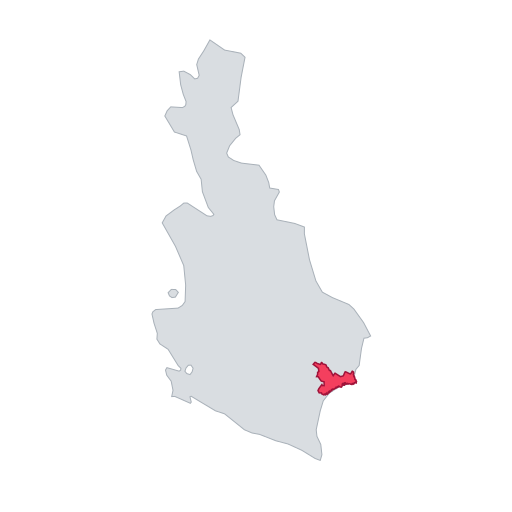 location of Ani, Shirak, Armenia, rotated 212°
{"feature_id": "60910142B64012193022173", "entity_name": "Ani", "entity_type": "district", "adm_level": 2, "iso_a3": "ARM", "parent_name": "Armenia", "parent_adm1": "Shirak", "projection": "equal_earth", "projection_center": [43.671, 40.552], "detail": "fine", "context": "in_parent", "style": "filled", "palette": "rose", "viewbox_px": 512, "rotation_deg": 212, "n_neighbors": 0, "source": "geoboundaries", "source_scale": "gbopen_adm2", "svg_char_len": 6203}
<svg xmlns="http://www.w3.org/2000/svg" viewBox="0 0 512 512"><g transform="rotate(212 256 256)"><path d="M230.3,306.2L226.7,300.4L208.7,281.2L192.0,266.6L180.6,260.5L169.2,261.2L151.4,264.1L144.9,262.9L129.4,256.5L116.4,248.9L118.2,245.7L120.9,243.5L117.6,233.6L110.5,217.8L111.2,212.8L109.0,206.0L106.5,200.8L116.6,188.4L121.2,178.5L122.2,168.8L119.5,158.8L112.9,140.6L108.8,135.4L101.2,130.5L94.8,122.4L93.2,116.7L98.6,115.6L114.3,115.5L129.4,113.5L141.3,109.8L158.5,106.6L165.6,103.8L173.8,102.5L199.0,105.5L208.4,103.2L236.7,102.7L237.4,101.6L233.5,97.8L233.6,96.3L250.4,93.9L253.0,92.1L255.2,98.1L261.6,104.9L268.5,107.6L272.3,111.3L272.4,114.1L260.2,117.6L259.4,119.3L260.2,121.0L263.9,121.8L281.1,130.3L290.9,130.5L296.0,133.0L298.7,138.1L306.9,145.0L313.5,151.7L313.9,154.0L312.7,157.4L294.5,170.5L292.3,175.0L292.0,179.8L300.2,194.0L312.2,209.6L329.4,221.5L353.1,234.4L353.5,242.3L349.8,251.8L346.7,258.3L345.3,262.6L342.4,264.5L318.9,264.1L315.4,265.6L313.9,267.5L313.8,269.0L322.2,271.9L335.5,282.1L343.2,292.0L351.2,296.3L360.1,304.2L367.4,311.5L378.5,321.0L390.9,317.9L407.5,326.4L408.3,332.1L407.3,337.3L397.0,342.9L395.7,345.2L395.7,347.1L397.1,349.9L403.3,354.5L410.6,361.3L418.8,371.5L415.2,374.5L407.7,375.0L401.8,373.7L399.7,375.8L399.9,379.1L407.7,386.9L409.2,392.5L409.0,402.4L409.6,414.8L391.7,414.0L376.4,419.9L370.6,418.7L366.6,408.2L363.3,399.6L353.3,377.7L355.8,368.7L350.4,363.6L337.2,354.3L333.8,350.4L335.6,345.1L336.8,335.5L335.4,327.7L331.9,325.3L325.4,325.2L317.5,327.1L301.6,334.6L290.5,329.8L284.1,325.0L280.4,320.9L272.2,324.3L270.1,322.6L269.6,312.6L267.1,307.2L262.1,300.9L257.4,297.8L240.5,304.1L230.3,306.2ZM255.5,127.5L256.0,123.9L255.2,120.6L252.4,119.6L249.1,120.5L248.8,124.0L249.9,127.5L253.3,129.0L255.5,127.5ZM310.1,182.8L306.3,185.0L302.6,184.0L302.6,178.4L305.2,176.2L308.2,176.3L311.1,178.3L310.1,182.8Z" fill="#d9dde1" stroke="#a8b0b8" stroke-width="1"/><path d="M125.1,174.1L125.1,174.3L125.2,174.5L124.8,174.8L124.7,174.8L124.6,174.6L124.1,174.8L124.3,174.9L124.3,175.0L124.5,175.2L124.5,175.3L124.5,175.5L124.3,175.6L124.1,175.7L123.8,175.7L123.7,175.8L123.6,176.2L123.6,176.4L123.4,176.2L123.2,176.1L123.0,176.3L122.9,176.4L122.9,176.5L122.7,176.4L122.4,176.4L122.3,176.5L122.3,176.8L122.2,176.9L122.1,177.1L122.1,177.3L122.1,177.6L122.1,177.8L122.0,178.1L121.9,178.3L121.9,178.5L121.7,178.6L121.6,178.8L121.9,178.8L121.6,179.0L121.6,179.3L121.9,179.4L122.0,179.3L122.0,179.5L121.9,179.6L121.9,179.8L122.0,179.8L122.0,180.0L122.3,179.9L122.3,180.1L122.2,180.3L121.8,180.4L121.7,180.4L121.6,180.1L121.4,180.1L121.3,180.3L121.4,180.5L121.2,180.5L121.2,180.8L121.2,181.0L120.8,181.3L120.7,181.4L120.6,181.6L120.8,181.6L120.7,181.9L120.6,182.1L120.6,182.3L120.8,182.4L120.9,182.5L120.6,182.6L120.5,183.0L120.4,183.1L120.5,183.2L120.7,183.4L120.6,183.5L120.4,183.4L120.2,183.5L120.3,183.8L120.3,184.0L120.1,184.1L119.9,184.1L119.7,184.0L119.4,184.2L119.4,184.3L119.5,184.4L119.4,184.5L119.2,184.6L119.0,184.9L119.0,185.0L119.0,185.4L118.9,185.6L118.7,185.9L118.5,186.0L118.2,186.1L118.3,186.4L118.3,186.6L118.5,186.8L118.6,187.0L118.4,187.1L118.2,187.1L117.9,187.2L117.9,187.3L117.9,187.5L117.9,187.8L117.8,188.0L117.6,188.1L117.5,187.9L117.3,187.7L117.2,187.7L117.1,187.9L117.0,188.1L116.9,188.3L116.9,188.6L117.1,188.7L117.3,188.9L117.2,189.2L117.1,189.4L116.8,189.4L116.6,189.4L116.4,189.5L116.0,189.7L115.9,189.6L115.7,189.5L115.3,189.5L115.1,189.6L114.9,189.7L114.7,189.8L114.4,189.9L114.2,189.9L114.1,190.1L114.0,190.4L114.0,190.6L114.1,191.0L114.1,191.3L114.2,191.6L114.3,191.9L114.3,192.3L114.4,192.5L114.6,192.7L114.8,192.9L114.9,193.1L115.0,193.1L115.0,193.5L114.9,193.9L114.8,194.1L114.7,194.2L114.3,194.2L114.1,194.0L114.1,193.8L114.1,193.4L113.8,193.2L113.7,193.3L113.7,193.7L113.4,193.7L113.3,193.3L113.4,193.0L113.3,192.9L113.2,192.9L112.9,193.1L112.6,193.3L112.6,193.5L112.9,193.9L112.8,194.0L112.9,194.3L113.0,194.4L113.2,194.5L113.5,194.6L113.7,194.9L113.7,195.3L113.3,195.4L113.3,195.7L113.2,195.8L113.0,195.7L112.8,195.8L112.5,195.8L112.3,195.7L112.2,195.6L112.3,195.4L112.5,195.3L112.4,195.1L112.0,195.0L111.9,195.0L111.7,194.9L111.6,195.0L111.5,195.4L111.4,195.6L111.2,195.7L111.1,195.9L110.9,196.2L110.9,196.4L110.8,196.5L110.6,196.5L110.5,196.3L110.3,196.2L110.2,196.1L109.9,196.3L109.9,196.5L109.6,196.8L109.1,197.1L108.8,197.3L108.4,197.4L108.1,197.3L107.7,197.5L107.4,197.8L107.2,197.8L106.9,197.7L106.7,197.8L106.7,198.0L106.8,198.1L106.7,198.2L106.5,198.3L106.4,198.3L106.4,198.5L106.5,198.8L106.6,199.0L106.4,199.1L106.2,199.1L106.0,198.9L105.9,198.9L105.7,199.1L105.3,199.1L105.3,199.4L105.4,199.6L105.5,199.7L105.4,199.9L105.2,199.9L105.2,200.1L105.3,200.1L105.5,200.3L105.5,200.5L105.3,200.9L105.1,201.1L104.9,201.2L104.7,201.0L104.4,201.2L104.3,201.3L104.1,201.3L103.8,201.4L103.7,201.4L103.7,201.6L103.8,201.7L104.0,201.6L104.3,201.8L104.4,202.0L104.4,202.4L104.3,202.6L104.3,202.8L104.5,202.8L104.8,203.0L105.0,203.0L105.1,203.4L105.2,203.6L105.3,203.6L105.5,203.8L105.9,203.9L106.0,203.8L106.4,203.7L106.6,203.7L106.8,203.8L106.9,204.0L107.0,204.3L107.1,204.5L107.4,204.6L107.5,204.7L107.6,204.8L107.7,205.0L107.8,205.1L108.1,205.2L108.1,205.3L108.1,205.5L108.3,205.7L108.5,205.7L108.9,205.6L109.0,205.6L109.0,205.8L109.2,206.0L109.3,206.2L109.4,206.3L109.6,206.5L109.8,206.6L110.1,206.7L110.3,206.8L110.6,207.0L110.7,207.3L110.9,207.6L110.9,207.8L110.9,208.2L111.0,208.3L111.3,208.6L111.5,208.7L111.6,208.8L111.6,209.0L111.8,209.3L113.3,209.3L113.3,207.6L113.3,206.3L113.6,205.9L114.9,205.7L117.9,205.4L119.0,205.1L118.9,203.6L118.5,201.2L118.6,200.4L120.4,198.5L124.3,198.5L126.9,198.5L127.0,198.1L127.1,195.4L128.6,196.2L132.2,198.3L132.7,197.9L133.2,197.9L135.6,199.5L136.7,199.3L137.8,199.8L138.6,200.6L139.4,200.7L141.0,200.3L141.7,199.9L142.2,199.9L143.0,200.2L143.5,200.5L143.9,200.5L144.1,200.2L144.0,199.2L143.8,198.5L144.0,198.1L145.7,197.7L146.9,197.3L148.0,197.3L149.6,197.4L149.6,197.5L150.1,194.4L146.3,194.1L143.5,193.8L141.5,191.3L142.1,190.0L141.0,188.2L140.7,185.8L139.3,186.6L136.7,185.4L134.3,184.5L131.6,185.4L129.5,182.2L131.0,181.3L132.0,181.9L132.4,176.6L132.1,174.7L129.9,173.4L127.9,174.6L127.1,173.9L126.4,174.0L125.1,174.1Z" fill="#f43f5e" stroke="#9f1239" stroke-width="1.5"/></g></svg>